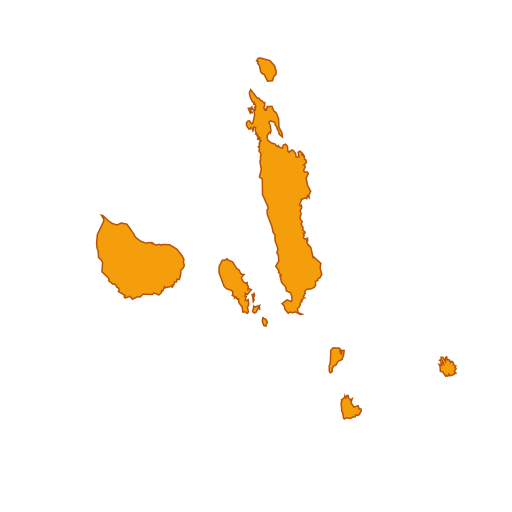 outline of Romblon, Romblon, Philippines, rotated 160°
{"feature_id": "2640588B50983171828902", "entity_name": "Romblon", "entity_type": "district", "adm_level": 2, "iso_a3": "PHL", "parent_name": "Philippines", "parent_adm1": "Romblon", "projection": "equal_earth", "projection_center": [122.122, 12.497], "detail": "fine", "context": "isolated", "style": "filled", "palette": "amber", "viewbox_px": 512, "rotation_deg": 160, "n_neighbors": 0, "source": "geoboundaries", "source_scale": "gbopen_adm2", "svg_char_len": 6116}
<svg xmlns="http://www.w3.org/2000/svg" viewBox="0 0 512 512"><g transform="rotate(160 256 256)"><path d="M232.6,185.6L235.8,188.3L235.1,192.3L233.0,193.2L231.2,194.8L230.9,196.3L228.3,197.7L228.3,199.2L227.4,198.9L225.6,200.7L224.7,200.2L225.4,201.9L222.5,203.9L222.4,206.2L219.6,207.4L215.8,206.3L212.2,206.6L210.1,207.9L208.8,211.8L206.3,211.8L205.5,213.5L203.5,213.6L200.5,216.2L199.9,222.7L197.6,227.0L202.3,235.8L202.8,235.3L201.6,245.5L203.2,249.3L203.3,248.6L203.4,248.8L203.4,252.6L202.6,253.5L202.2,252.9L201.5,255.2L203.9,254.9L205.0,256.4L204.4,258.7L203.6,258.8L203.8,261.1L202.0,260.8L201.7,261.6L203.2,264.7L202.1,266.4L202.7,270.4L200.7,272.6L201.6,274.4L201.7,276.9L199.2,280.1L198.9,284.5L198.7,283.7L196.5,285.7L196.1,287.8L196.7,287.3L197.6,289.2L194.0,293.2L194.1,294.5L193.8,293.4L190.1,293.9L188.7,292.5L187.1,295.1L186.1,292.7L185.2,295.5L182.5,298.0L183.4,305.0L182.3,311.8L178.7,315.5L178.8,317.1L181.8,318.5L182.0,320.2L179.2,322.9L179.3,324.9L180.0,325.3L176.8,326.4L176.2,329.1L177.3,330.2L176.5,333.6L176.9,335.0L177.3,333.9L177.9,334.4L178.1,335.7L177.3,336.6L178.7,339.5L181.0,339.1L181.7,334.5L184.4,335.1L183.8,339.1L185.1,342.8L186.3,343.4L187.3,342.6L188.6,343.0L189.3,342.0L190.3,343.4L188.9,348.2L190.0,351.0L192.5,350.8L194.2,348.4L197.0,350.4L197.2,352.8L197.3,351.6L198.5,351.4L200.0,354.9L203.0,357.1L205.4,360.9L204.5,365.2L201.1,367.7L200.6,366.5L199.2,368.3L198.0,373.4L198.2,376.9L196.5,378.2L192.6,375.3L193.2,372.5L192.4,371.1L192.7,367.8L192.0,365.9L192.6,362.7L190.5,358.8L189.5,363.1L190.4,369.0L187.8,377.4L188.1,384.2L189.5,385.7L189.9,391.2L194.4,392.6L196.5,389.4L197.5,389.8L196.8,390.9L197.9,391.4L198.0,392.8L196.7,393.9L195.3,397.2L196.4,397.4L197.4,400.0L198.8,401.0L199.0,402.8L201.0,404.4L204.1,414.2L206.4,411.8L207.1,406.8L206.6,401.9L205.2,401.0L206.2,399.5L204.9,398.9L205.1,396.5L206.6,396.3L206.2,394.4L207.1,393.3L208.1,394.5L208.9,389.2L213.5,382.0L214.8,381.6L215.9,385.2L217.3,385.6L219.6,384.2L220.3,381.4L219.2,377.6L218.2,377.3L217.1,378.5L216.1,377.7L216.1,374.8L213.8,378.0L212.4,376.6L213.8,374.4L213.7,371.7L214.6,370.6L213.4,370.3L213.8,368.9L213.2,369.0L213.4,368.1L211.8,365.5L213.2,365.2L214.1,366.1L214.5,365.3L211.7,362.6L213.7,361.8L214.0,360.2L214.7,360.3L214.9,358.1L216.4,357.9L215.9,356.1L217.4,353.3L216.4,351.0L217.0,348.6L217.8,348.0L219.0,344.3L220.0,343.7L221.5,335.3L225.8,329.1L223.8,326.1L228.9,311.4L227.9,298.4L228.7,295.9L229.9,295.5L231.2,291.1L231.0,278.3L231.8,272.2L230.9,269.4L232.8,264.3L232.9,255.1L235.4,251.8L234.7,249.7L236.2,243.7L241.0,239.6L239.5,234.6L240.5,232.7L238.8,229.4L240.0,227.9L240.3,228.4L241.0,222.5L238.8,216.8L239.4,212.7L236.2,209.7L236.1,206.9L237.0,202.7L238.3,201.1L241.9,204.2L247.9,202.3L246.6,199.6L247.0,196.0L245.3,191.2L242.8,191.7L241.6,190.3L237.9,189.9L234.3,185.8L232.6,185.6ZM360.7,252.6L357.6,253.8L356.6,255.8L355.7,255.0L352.5,258.2L352.5,257.2L346.4,256.5L345.4,255.4L344.6,255.8L344.8,257.6L344.2,256.5L344.3,257.2L343.3,256.9L342.0,258.3L341.6,259.5L339.4,258.9L338.3,261.2L336.1,260.1L332.9,264.7L331.8,268.0L328.1,269.9L326.6,271.7L326.2,275.3L324.9,277.4L325.4,281.6L328.0,289.5L333.2,296.0L339.5,298.7L341.1,298.5L342.7,300.0L346.6,300.6L349.0,303.9L349.2,303.2L351.2,305.0L355.2,305.8L359.5,309.6L363.0,315.1L363.2,318.0L366.4,330.0L371.3,333.1L376.0,332.7L379.9,335.7L382.8,339.6L386.0,346.3L387.3,347.2L386.5,342.8L387.2,340.8L397.8,330.3L401.4,322.6L402.6,318.1L402.7,314.2L404.5,308.5L402.8,305.4L402.4,302.3L406.2,293.9L401.9,285.2L402.8,283.0L400.1,278.5L398.8,278.5L397.4,275.6L397.5,274.3L396.2,272.9L396.2,270.8L397.5,269.6L392.6,263.8L393.9,262.5L393.2,261.2L388.3,261.3L386.9,257.6L381.0,258.2L378.8,257.1L375.4,258.8L366.3,255.2L365.3,256.1L363.9,255.7L360.7,252.6ZM283.7,205.0L282.2,206.1L281.7,210.4L279.3,213.1L278.3,217.7L280.5,217.3L281.2,218.4L279.0,221.2L280.2,222.1L279.4,222.5L278.9,224.7L277.5,222.7L271.9,226.0L274.1,227.9L275.0,227.6L273.5,230.2L274.2,231.6L273.4,234.0L275.5,234.4L276.9,236.6L277.3,239.7L276.3,241.4L273.6,242.7L276.3,244.2L276.7,248.7L278.4,250.9L280.0,258.4L283.8,262.0L284.1,263.4L286.3,262.7L289.0,263.6L294.1,259.0L296.4,253.3L296.4,238.8L295.0,235.5L290.6,231.8L290.2,230.2L290.9,227.7L291.8,227.2L289.9,225.0L290.6,223.8L288.7,224.1L288.6,222.1L287.9,221.5L287.3,222.1L287.1,221.9L288.0,217.7L286.5,212.9L287.5,207.7L285.4,207.3L283.7,205.0ZM218.1,70.9L216.4,72.6L215.3,71.4L213.4,71.6L210.3,74.2L209.6,76.3L211.2,76.7L211.3,80.4L215.7,80.6L216.9,85.8L214.4,89.0L216.6,88.4L217.6,91.5L217.1,93.3L218.3,93.8L220.1,91.9L220.4,94.0L220.9,92.8L225.0,91.5L225.1,90.0L226.3,88.8L228.5,80.7L228.2,78.5L229.2,73.6L228.6,72.6L226.7,73.1L222.6,71.1L219.5,71.6L218.1,70.9ZM185.3,416.3L180.6,415.1L177.6,418.8L175.1,419.8L173.8,423.1L173.5,428.5L176.1,434.9L183.9,440.4L186.2,441.1L188.8,439.2L187.4,437.8L188.6,436.5L187.6,433.4L188.6,427.6L187.9,425.3L186.2,423.8L185.3,416.3ZM225.7,120.7L223.8,121.4L223.1,123.9L221.2,125.8L217.7,126.4L215.1,128.8L210.5,129.4L207.4,133.2L205.5,137.1L207.8,138.0L209.4,134.1L209.7,137.6L208.6,139.4L209.2,140.9L214.9,143.3L218.0,141.8L222.4,130.9L224.9,127.4L226.4,123.1L226.4,121.4L225.7,120.7ZM114.6,77.0L110.1,77.0L109.6,77.9L108.2,77.6L109.1,79.9L106.4,81.8L107.0,83.2L105.8,84.3L107.4,85.7L107.1,87.9L107.6,89.5L109.3,89.4L108.9,90.3L109.7,90.2L110.1,92.6L111.7,93.0L111.4,96.0L112.5,95.9L114.1,92.1L115.1,96.9L116.5,97.6L117.2,96.1L119.0,95.2L116.9,94.2L116.7,90.4L118.6,92.8L118.9,89.8L121.1,91.5L120.7,89.7L122.2,84.5L120.2,83.3L118.9,78.2L117.9,78.7L117.4,77.6L116.1,77.7L115.3,79.0L114.6,77.0ZM276.9,202.9L274.9,203.3L271.6,206.4L270.8,204.9L270.2,206.4L270.7,207.1L269.5,208.3L274.5,208.5L275.1,209.7L278.3,204.8L276.9,202.9ZM270.8,186.7L267.9,190.1L268.5,193.4L270.4,194.7L270.3,196.2L272.4,192.6L272.5,190.5L272.5,188.2L270.8,186.7ZM272.9,219.8L274.1,214.1L272.7,215.4L272.7,217.4L270.8,219.5L270.7,221.5L272.4,220.4L273.1,221.6L272.9,219.8ZM212.5,392.1L211.1,393.0L211.3,394.7L210.7,396.0L209.4,395.1L209.0,397.5L210.4,396.8L212.8,397.4L212.5,392.1ZM211.3,392.2L210.5,391.9L210.0,393.0L210.6,392.3L211.3,392.2Z" fill="#f59e0b" stroke="#b45309" stroke-width="1.5"/></g></svg>